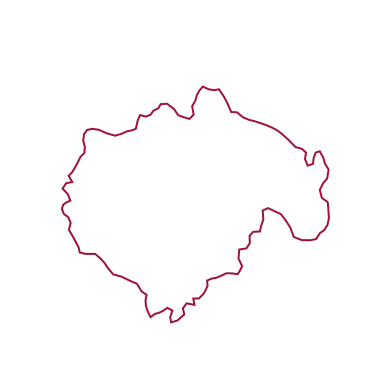 Matias Barbosa, Minas Gerais, Brazil, rotated 322°
{"feature_id": "56859067B96954562093001", "entity_name": "Matias Barbosa", "entity_type": "district", "adm_level": 2, "iso_a3": "BRA", "parent_name": "Brazil", "parent_adm1": "Minas Gerais", "projection": "equal_earth", "projection_center": [-43.306, -21.87], "detail": "fine", "context": "isolated", "style": "outline", "palette": "rose", "viewbox_px": 384, "rotation_deg": 322, "n_neighbors": 0, "source": "geoboundaries", "source_scale": "gbopen_adm2", "svg_char_len": 1955}
<svg xmlns="http://www.w3.org/2000/svg" viewBox="0 0 384 384"><g transform="rotate(322 192 192)"><path d="M132.0,280.2L139.1,279.2L146.3,275.7L149.4,271.1L153.8,272.2L158.4,274.6L163.7,276.0L169.1,277.2L173.8,281.1L177.3,284.9L181.3,283.5L185.9,281.3L187.6,273.2L193.8,266.4L200.1,269.9L206.1,267.9L210.3,262.1L215.6,261.0L221.2,264.9L225.6,261.3L231.3,257.6L236.3,250.1L242.1,251.6L245.3,258.1L248.4,264.0L248.4,272.2L247.5,280.8L244.5,290.1L249.0,297.6L255.6,302.9L260.9,305.5L267.2,303.2L272.8,303.4L278.4,301.4L283.7,297.0L286.4,293.1L289.2,289.0L292.7,283.5L290.7,276.6L294.0,269.0L300.8,265.8L306.7,264.6L310.0,261.6L313.5,258.4L314.2,251.6L316.6,245.7L317.7,238.6L313.8,237.1L309.2,239.8L304.6,244.3L299.4,242.4L301.3,235.7L306.1,231.1L305.2,225.7L301.2,220.2L300.2,210.7L298.6,201.6L296.9,195.2L294.3,189.8L291.7,185.1L288.9,180.7L285.0,174.9L281.2,170.0L278.2,164.5L276.5,156.9L272.1,153.1L274.5,144.2L275.9,136.2L276.5,127.7L271.8,125.1L268.3,121.2L265.5,115.6L260.6,116.5L255.8,118.5L250.8,122.1L244.9,124.5L240.9,132.1L235.0,132.8L231.3,127.7L228.4,122.9L228.9,115.6L226.7,107.1L221.4,103.5L216.9,105.3L211.5,104.2L206.9,105.6L202.1,104.2L198.4,99.4L192.6,102.7L186.7,107.6L182.0,106.2L178.1,104.1L172.7,102.9L166.1,100.3L160.6,92.7L156.9,85.6L152.3,80.8L147.5,78.5L142.4,80.0L137.8,84.7L135.3,90.5L131.2,95.0L125.9,95.6L119.6,98.6L114.3,100.9L109.5,102.7L104.8,103.3L103.8,110.4L98.2,107.6L92.1,109.7L92.8,117.4L90.8,123.9L86.9,122.9L82.7,122.7L79.0,125.3L77.5,130.6L79.0,135.6L77.4,141.6L71.7,146.0L70.8,153.0L69.9,158.6L68.5,166.0L66.3,170.6L69.9,175.1L73.9,178.3L77.6,181.1L78.9,188.3L79.4,194.5L78.9,200.7L79.2,208.4L84.1,214.9L88.4,223.6L92.1,230.4L91.1,239.2L92.9,245.2L88.8,248.6L85.6,253.3L83.8,258.1L82.3,265.1L87.6,265.2L92.1,267.0L96.5,267.9L101.2,268.1L103.6,273.4L97.7,277.2L95.3,281.9L101.4,284.3L110.6,283.7L113.1,278.1L119.2,276.4L124.4,282.4L127.5,276.7L132.0,280.2Z" fill="none" stroke="#9f1239" stroke-width="2"/></g></svg>